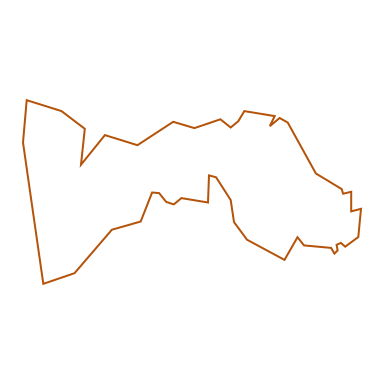 Aweil West, Northern Bahr el Ghazal, South Sudan (Natural Earth projection)
{"feature_id": "79223893B18780774215456", "entity_name": "Aweil West", "entity_type": "district", "adm_level": 2, "iso_a3": "SSD", "parent_name": "South Sudan", "parent_adm1": "Northern Bahr el Ghazal", "projection": "natural_earth1", "projection_center": [26.922, 8.906], "detail": "fine", "context": "isolated", "style": "outline", "palette": "amber", "viewbox_px": 384, "rotation_deg": 0, "n_neighbors": 0, "source": "geoboundaries", "source_scale": "gbopen_adm2", "svg_char_len": 708}
<svg xmlns="http://www.w3.org/2000/svg" viewBox="0 0 384 384"><path d="M358.3,237.0L361.0,208.8L351.2,211.4L351.2,191.8L343.1,193.7L341.7,189.1L315.9,173.5L287.7,122.5L279.6,118.0L269.8,126.2L274.7,116.1L244.3,111.1L238.3,121.2L230.7,127.5L220.4,119.3L194.4,128.1L173.2,121.8L137.4,145.2L104.9,135.1L81.0,164.7L84.8,128.8L61.5,111.1L26.7,100.2L23.0,142.5L43.3,283.8L74.5,273.2L111.9,229.7L140.7,221.5L152.1,192.5L159.1,193.1L166.2,201.9L173.8,204.4L181.4,198.1L208.0,202.5L209.0,175.4L216.1,177.3L230.7,200.0L234.0,222.1L247.0,239.7L284.5,259.9L297.5,237.2L304.0,245.4L331.1,247.9L334.4,253.6L337.6,250.5L336.6,244.8L340.9,242.9L345.2,246.7L358.3,237.0Z" fill="none" stroke="#b45309" stroke-width="2"/></svg>